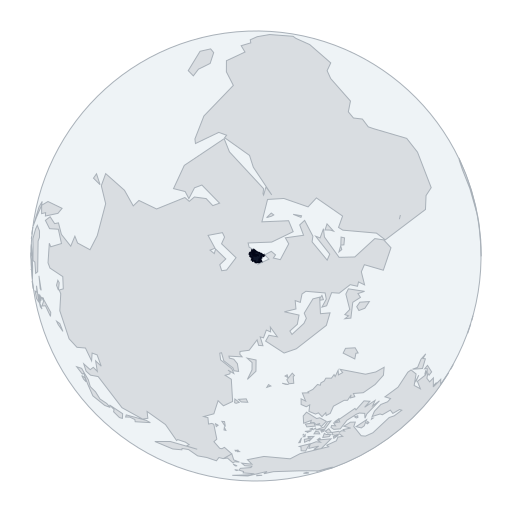 Krasnodar highlighted on a globe, orthographic projection, rotated 172°
{"feature_id": "RUS-2371", "entity_name": "Krasnodar", "entity_type": "Territory", "adm_level": 1, "iso_a3": "RUS", "parent_name": "Russia", "parent_adm1": "", "projection": "orthographic", "projection_center": [39.522, 45.126], "detail": "fine", "context": "on_globe", "style": "filled", "palette": "ink", "viewbox_px": 512, "rotation_deg": 172, "n_neighbors": 0, "source": "natural_earth", "source_scale": "10m", "svg_char_len": 14800}
<svg xmlns="http://www.w3.org/2000/svg" viewBox="0 0 512 512"><g transform="rotate(172 256 256)"><circle cx="256" cy="256" r="225" fill="#eef3f6" stroke="#a8b0b8"/><path d="M211.2,35.2L215.1,35.1L208.9,36.1L211.2,36.2L219.2,35.2L223.9,34.5L242.7,37.2L268.7,40.0L278.5,39.3L275.1,41.1L294.8,39.3L310.0,42.1L291.8,40.1L289.2,40.9L298.9,43.0L298.3,44.3L302.6,46.3L301.0,47.9L290.5,47.2L289.3,48.4L296.3,49.9L299.0,52.9L289.0,50.4L292.8,55.5L276.0,56.4L250.4,50.4L239.9,54.1L210.6,57.0L212.2,58.8L202.1,61.8L200.1,65.3L195.2,65.3L197.9,68.1L202.7,67.4L205.5,68.6L204.8,70.7L198.4,70.9L197.9,69.9L195.6,71.1L192.7,70.4L193.8,72.0L186.2,72.4L192.6,75.2L185.6,78.3L180.8,77.7L182.9,73.5L176.9,63.4L172.7,62.4L164.8,64.7L146.6,77.5L141.3,78.5L133.1,83.0L135.2,84.0L142.4,81.1L144.4,84.7L153.0,81.2L155.1,82.3L163.3,80.9L160.3,85.8L153.0,91.6L146.0,93.3L142.6,96.1L147.9,98.6L133.6,106.3L121.8,119.8L118.3,121.6L113.9,116.9L117.4,105.8L111.7,101.6L113.6,109.4L104.8,114.5L102.6,117.7L102.1,120.6L104.7,120.8L101.4,123.8L98.2,116.8L101.2,113.9L102.2,116.0L103.8,111.1L101.6,107.2L97.3,110.6L98.5,102.7L95.5,105.2L94.0,105.2L98.8,101.6L90.2,108.2L91.0,103.2L81.6,113.4L85.4,108.9L92.7,100.9L98.6,94.8L99.0,94.5L110.9,83.7L123.6,73.8L136.9,64.8L150.8,56.8L165.3,49.8L180.3,43.8L195.6,39.0L211.2,35.2ZM33.0,224.3L31.4,242.0L30.8,252.6L30.7,254.8L30.8,261.8L30.9,264.7L34.8,293.0L39.6,312.9L41.4,322.6L41.1,323.5L36.7,307.4L33.5,291.0L31.5,274.4L30.7,257.7L31.2,240.9L33.0,224.3ZM77.0,119.3L79.3,116.4L77.5,118.7L77.0,119.3ZM226.1,34.2L219.4,35.1L212.4,35.8L218.1,34.8L226.1,34.2ZM239.3,34.2L236.0,34.7L233.7,33.8L236.3,33.8L239.3,34.2ZM285.7,38.8L280.4,38.0L285.8,38.3L285.7,38.8ZM303.5,46.4L305.2,46.2L306.8,47.4L303.5,46.4ZM164.4,78.3L163.8,79.5L162.5,79.2L164.4,78.3ZM168.4,76.6L167.4,75.3L169.1,74.3L169.8,75.1L168.4,76.6ZM305.7,51.0L307.6,53.1L303.9,50.8L305.7,51.0ZM169.3,78.5L172.4,72.8L175.6,71.1L180.6,73.1L169.3,78.5ZM307.6,54.3L312.4,59.9L316.6,59.9L307.5,63.4L306.4,57.2L301.1,54.2L305.7,55.2L307.6,54.3ZM204.5,66.4L199.4,67.1L204.3,64.6L204.5,66.4ZM207.1,64.5L218.4,56.1L225.7,56.4L220.4,59.0L230.4,58.1L228.4,62.3L222.4,63.7L218.1,62.6L220.6,65.2L207.1,64.5ZM301.6,64.8L301.2,66.2L299.6,64.6L301.6,64.8ZM207.0,68.8L208.6,67.0L215.1,67.0L213.0,70.8L211.5,69.5L207.0,68.8ZM234.0,56.0L238.4,56.9L238.0,60.5L239.6,61.4L229.0,62.5L234.0,56.0ZM209.7,70.6L211.7,72.8L208.0,74.8L205.8,70.7L209.7,70.6ZM217.6,65.5L220.6,65.7L218.2,66.8L217.6,65.5ZM196.1,83.6L197.9,81.1L201.4,80.8L196.1,83.6ZM212.7,73.5L214.0,72.8L215.6,72.5L216.1,74.3L212.7,73.5ZM229.4,65.1L228.3,66.5L233.8,64.8L233.7,67.7L226.6,68.0L229.6,69.0L229.6,70.0L223.8,69.3L229.4,65.1ZM221.4,75.4L212.3,77.2L208.2,81.9L204.9,82.2L212.2,74.7L221.4,75.4ZM223.3,71.8L221.4,74.0L218.3,73.1L217.7,71.0L223.3,71.8ZM236.2,69.6L238.2,65.1L239.6,65.2L236.2,69.6ZM220.8,76.9L223.0,76.4L220.9,77.3L220.8,76.9ZM232.1,72.0L232.6,70.3L234.3,70.4L232.1,72.0ZM227.0,77.1L224.1,77.6L223.6,76.1L227.0,77.1ZM229.8,74.9L232.0,75.5L225.2,75.3L229.8,74.1L229.8,74.9ZM233.6,72.4L234.8,72.0L233.2,73.1L233.6,72.4ZM230.5,82.7L222.0,82.7L220.9,79.3L229.4,79.7L230.5,82.7ZM81.6,336.3L73.0,299.3L79.2,292.2L81.7,278.5L125.7,254.0L133.5,261.9L166.4,269.5L170.3,272.8L164.7,283.5L188.1,305.1L197.6,297.4L220.4,309.1L236.7,310.4L245.4,289.0L218.8,286.4L215.8,274.9L238.5,267.6L262.0,270.0L261.6,265.7L248.1,255.4L254.9,247.6L243.6,251.1L247.2,255.9L240.2,258.5L236.5,254.4L239.1,251.6L232.4,249.0L221.9,263.5L224.4,269.9L206.0,269.9L208.4,280.7L202.9,284.5L196.9,267.7L198.5,262.2L186.1,242.0L182.7,247.6L194.2,267.3L190.0,265.0L185.4,273.6L185.6,265.3L173.9,243.1L158.3,241.3L135.9,256.7L127.3,254.2L121.2,245.4L131.9,224.2L149.9,232.3L153.9,225.7L152.5,212.3L158.1,216.1L159.7,211.9L166.7,214.5L178.8,207.6L186.2,209.2L193.0,196.9L197.8,196.2L192.4,203.5L192.7,209.8L211.5,214.1L215.7,212.0L218.6,203.9L223.4,206.4L223.8,198.0L235.7,196.8L221.6,191.5L224.6,182.6L232.9,177.0L231.3,173.3L217.9,182.6L214.8,187.3L216.2,192.7L205.6,205.6L198.7,206.4L200.2,189.9L190.6,189.4L196.0,177.5L229.0,158.5L241.7,156.0L258.3,170.4L254.2,175.7L246.1,173.0L251.7,183.6L252.1,178.8L256.1,181.2L260.0,173.9L263.1,175.3L261.6,166.2L265.8,167.1L266.6,172.8L275.9,163.6L285.1,163.7L285.7,161.0L283.8,158.1L296.7,160.6L296.6,158.6L292.4,156.9L289.4,151.9L289.3,144.1L293.7,145.4L294.4,148.4L302.5,156.8L303.6,165.0L305.4,164.8L305.5,158.1L295.6,147.6L294.3,142.7L299.6,146.9L297.6,144.9L298.3,142.9L303.2,142.2L297.6,137.4L299.4,115.2L309.1,112.2L313.7,118.0L319.7,105.6L330.1,104.3L326.1,102.6L326.4,96.2L323.1,96.4L321.2,95.2L320.3,80.1L323.5,78.0L318.7,70.6L316.6,69.9L313.9,70.9L307.5,63.4L316.6,59.9L320.8,61.6L323.7,58.7L332.7,63.3L341.6,66.2L349.7,73.7L356.0,75.7L356.4,74.4L365.3,76.5L382.0,86.4L366.6,84.2L341.1,72.8L351.4,77.6L348.5,78.5L351.8,81.5L359.1,85.1L360.3,84.3L369.1,101.7L385.5,117.2L385.7,110.3L391.0,110.3L409.8,124.4L429.1,158.6L436.4,161.0L440.3,165.6L441.6,173.2L436.0,166.5L432.6,168.4L429.2,163.8L429.4,174.5L424.6,168.4L427.1,180.2L431.8,182.7L433.4,175.1L437.7,188.6L446.0,190.5L452.6,200.0L457.9,229.1L454.6,245.8L455.6,249.7L451.4,250.3L450.2,262.5L461.7,272.7L462.9,278.2L458.9,297.4L458.0,293.7L446.9,295.4L448.0,310.0L456.6,311.8L459.6,320.6L454.4,323.5L450.9,316.1L447.0,316.3L445.7,304.5L438.1,291.5L432.6,300.8L430.9,293.7L419.5,285.3L410.4,298.2L397.6,328.7L399.4,347.1L393.4,358.5L377.1,339.4L370.6,322.7L364.2,327.3L347.9,316.4L318.3,323.8L314.5,319.4L308.8,323.0L297.4,319.8L291.8,311.9L284.7,313.4L299.7,333.8L307.4,332.1L314.5,322.2L317.2,329.7L328.3,334.2L314.4,355.7L271.2,376.6L267.8,362.8L239.1,321.6L240.4,316.8L240.3,316.2L240.0,315.2L236.5,323.0L231.9,314.3L246.3,344.3L248.4,356.5L270.6,377.5L268.3,379.7L275.7,383.6L300.3,375.8L300.2,380.4L288.1,401.9L254.7,428.1L259.7,442.5L258.1,453.5L238.5,459.5L241.4,466.3L231.5,467.8L231.6,470.9L224.3,473.0L211.6,473.4L188.7,468.4L186.3,466.0L173.4,457.9L155.1,436.8L159.8,429.6L157.3,421.2L140.9,396.3L144.5,385.9L140.3,379.1L131.6,376.8L126.9,368.3L121.8,365.7L90.4,351.5L81.6,336.3ZM108.9,272.5L107.3,276.5L108.9,272.5ZM286.0,283.8L300.6,283.1L295.5,269.4L300.7,268.2L297.0,264.2L295.0,268.5L286.3,257.3L293.1,252.4L292.0,246.2L287.0,246.2L276.0,257.1L288.4,272.9L284.5,279.1L286.0,283.8ZM51.3,162.2L49.4,166.7L50.7,163.4L51.3,162.2ZM57.2,149.9L52.8,158.9L53.9,156.5L57.2,149.9ZM75.7,121.1L76.2,120.5L77.7,118.5L75.7,121.1ZM105.0,114.9L105.2,115.6L103.9,118.8L103.1,117.9L105.0,114.9ZM107.0,130.8L101.5,135.5L104.9,131.3L102.6,130.6L106.8,121.4L116.8,122.1L111.5,123.2L107.0,130.8ZM115.2,110.0L111.4,115.3L115.1,109.5L115.2,110.0ZM161.7,187.7L163.3,191.8L159.6,195.8L150.1,195.1L155.5,189.1L161.7,187.7ZM166.6,196.7L170.7,181.3L176.7,181.5L172.7,183.9L176.2,185.6L170.6,190.0L172.3,205.8L169.1,210.6L153.4,205.9L160.3,204.6L158.3,200.5L166.6,196.7ZM170.6,145.8L172.5,140.3L183.2,147.7L180.2,152.1L170.6,151.3L168.4,145.8L170.6,145.8ZM177.5,83.6L177.6,81.9L179.3,81.7L180.7,83.0L177.5,83.6ZM196.7,82.5L179.2,91.3L178.4,89.7L169.2,97.5L163.4,96.3L169.5,91.1L158.2,96.4L161.4,91.3L153.9,95.4L168.2,84.2L170.7,80.2L170.2,85.0L175.4,86.1L178.5,85.4L188.8,80.7L196.6,73.1L203.1,73.5L205.6,75.8L204.7,77.6L200.8,76.7L202.4,79.8L196.1,80.0L196.7,82.5ZM231.2,108.3L227.0,105.4L229.2,113.9L222.9,113.2L223.5,114.2L218.2,116.0L213.0,120.2L210.3,119.1L209.4,121.3L205.9,122.7L203.8,125.3L198.3,124.5L195.2,127.7L194.4,125.6L190.6,131.4L190.9,126.8L186.4,128.5L188.5,132.1L164.0,123.7L153.5,124.5L144.6,128.0L146.4,120.2L155.9,112.2L168.8,105.7L178.7,106.3L177.7,102.9L182.2,102.3L181.1,105.3L185.4,100.4L188.8,100.8L200.2,96.5L204.4,89.8L208.7,88.3L208.7,91.1L213.0,87.7L216.0,92.0L219.1,91.2L225.2,94.8L223.5,101.1L227.2,99.7L232.0,102.7L231.2,108.3ZM232.1,83.8L231.5,91.0L227.7,94.3L218.6,86.6L215.4,86.9L209.4,82.5L215.1,78.0L216.2,79.6L218.7,80.1L215.9,81.3L220.0,80.7L221.7,83.0L225.3,83.3L224.1,85.5L232.1,83.8ZM175.7,269.8L178.8,271.3L184.0,272.2L181.2,277.9L175.7,269.8ZM167.4,254.8L170.5,255.0L169.1,262.9L165.8,261.6L167.4,254.8ZM173.3,248.5L170.7,254.4L170.2,250.4L173.3,248.5ZM195.3,203.4L198.7,203.3L198.6,205.3L196.2,207.8L195.3,203.4ZM236.4,134.9L234.6,132.3L235.9,131.5L236.3,124.7L241.1,124.9L242.7,129.1L236.4,134.9ZM240.2,292.5L234.9,296.4L232.7,294.2L235.0,293.3L240.2,292.5ZM206.1,288.0L213.4,292.1L205.3,289.5L206.1,288.0ZM241.7,134.0L241.3,131.2L243.9,133.1L241.7,134.0ZM244.6,124.8L247.8,126.4L241.7,124.2L244.6,124.8ZM297.3,449.0L282.9,466.5L272.1,467.4L269.6,463.3L274.6,453.1L287.0,449.0L293.0,443.1L297.3,449.0ZM474.6,310.3L474.4,311.2L474.7,309.8L474.6,310.3ZM473.6,313.4L475.0,308.5L473.0,315.8L473.6,313.4ZM476.0,304.7L475.5,306.6L476.1,304.2L476.0,304.7ZM472.4,316.9L464.0,334.8L460.1,339.8L461.5,335.6L468.0,324.9L472.4,316.9ZM461.2,336.1L454.4,338.9L441.4,330.2L446.2,325.8L459.0,324.9L458.3,328.2L462.4,327.8L461.2,336.1ZM475.5,295.9L474.6,304.0L470.5,313.4L468.3,316.8L466.9,310.9L467.8,304.6L469.7,301.1L474.4,270.8L476.6,269.5L475.8,280.7L477.5,282.7L475.5,295.9ZM400.5,348.3L406.1,355.7L402.5,359.6L400.5,348.3ZM474.2,253.7L473.7,266.6L473.5,251.9L474.2,253.7ZM472.8,241.6L473.9,244.8L472.3,243.8L472.8,241.6ZM457.6,254.8L455.6,259.5L454.6,257.0L456.4,249.6L457.6,254.8ZM457.7,208.2L461.5,215.8L462.5,219.1L459.7,216.4L457.7,208.2ZM281.7,135.0L275.8,143.8L274.7,151.0L279.0,156.1L270.4,153.0L272.1,141.9L281.7,135.0ZM296.8,117.3L293.0,113.4L296.2,112.9L297.6,113.7L296.8,117.3ZM293.3,116.5L285.6,115.9L284.5,112.3L290.8,113.5L293.3,116.5ZM263.6,124.4L261.5,126.9L259.4,125.2L263.6,124.4ZM480.5,274.5L480.6,273.6L480.5,274.5ZM478.3,281.2L478.7,283.7L480.0,274.9L479.0,283.5L479.1,286.6L478.6,290.7L478.5,287.0L477.4,296.4L476.8,298.9L477.1,293.5L478.1,282.5L478.7,276.3L480.6,264.0L478.3,281.2ZM481.2,262.5L481.1,259.1L481.0,254.4L481.2,255.2L481.2,262.5ZM479.6,252.0L478.0,250.6L477.5,257.1L477.4,240.3L479.2,244.4L479.6,252.0ZM476.6,242.8L476.3,248.7L476.0,239.9L476.6,242.8ZM475.6,247.7L474.5,244.0L475.3,241.5L475.6,247.7ZM477.0,241.0L475.3,233.2L476.6,235.8L477.0,241.0ZM471.4,236.0L474.9,236.3L472.1,241.9L467.1,228.7L467.9,224.8L471.4,236.0ZM445.2,161.9L442.3,159.1L441.7,155.0L443.9,158.1L445.2,161.9ZM437.0,140.2L440.6,153.0L443.0,164.0L444.4,163.3L449.0,171.3L444.3,169.0L439.3,156.8L438.3,149.7L433.8,143.8L430.4,136.1L424.4,130.8L421.4,126.3L426.6,129.1L437.0,140.2ZM421.8,128.9L410.0,118.4L410.9,113.8L413.7,115.0L418.7,121.6L417.9,123.7L421.8,128.9ZM407.5,114.7L406.6,116.7L387.6,108.5L383.8,105.7L398.7,108.7L398.7,110.9L403.3,114.0L407.5,114.7ZM303.7,66.5L301.5,66.2L303.1,65.4L303.7,66.5ZM319.4,95.5L317.1,93.7L319.1,92.6L319.4,95.5ZM311.9,88.2L311.2,90.7L310.1,87.5L311.9,88.2ZM310.2,96.4L310.1,91.4L312.8,97.0L310.2,96.4Z" fill="#d9dde1" stroke="#a8b0b8" stroke-width="1"/><path d="M258.8,262.4L258.0,262.1L257.6,262.1L257.3,262.8L257.1,262.7L257.0,262.4L256.6,262.1L256.5,261.9L256.3,261.8L256.1,261.6L255.8,261.3L255.6,261.0L255.5,260.8L254.9,260.3L254.7,260.1L254.5,259.8L254.1,259.7L253.8,259.3L253.4,259.1L252.6,259.0L252.5,258.9L252.3,258.9L252.2,258.8L252.0,258.4L251.9,258.3L251.9,258.2L251.7,258.2L251.6,257.9L251.4,257.7L251.1,257.5L251.2,257.8L250.7,257.7L250.6,257.8L250.4,257.7L250.2,257.5L250.0,257.4L249.9,257.0L249.8,256.9L249.5,256.4L248.6,255.9L248.4,255.9L248.2,256.0L248.0,255.8L247.9,255.7L248.3,255.6L248.6,255.5L248.9,255.3L248.9,255.2L248.4,255.2L248.4,254.9L248.5,255.1L248.6,254.9L248.4,254.8L248.2,255.1L248.2,254.8L248.6,254.6L248.8,254.7L249.2,255.0L249.4,255.1L249.3,255.3L249.2,255.4L249.2,255.5L249.7,255.4L249.9,255.3L249.5,255.2L250.0,255.1L250.5,255.0L250.4,255.1L250.5,255.1L250.6,255.3L250.8,255.1L251.0,255.3L251.1,255.2L251.1,254.9L251.0,254.6L250.9,254.5L251.0,254.2L250.8,254.1L250.8,254.3L250.8,254.5L250.7,254.8L250.7,254.7L250.7,253.9L250.8,253.8L250.9,254.0L251.0,254.0L250.9,253.8L251.4,253.5L251.4,253.3L251.6,252.7L251.7,252.4L251.8,252.4L252.0,252.3L251.9,252.4L252.0,252.4L252.0,252.7L252.0,252.9L251.9,253.1L252.0,253.2L252.1,252.7L252.2,252.4L252.3,252.3L252.3,252.1L252.5,252.0L253.0,252.4L253.4,252.4L253.4,252.1L252.7,251.7L252.2,251.0L252.1,250.9L251.8,250.9L251.8,251.0L251.6,250.9L251.4,250.6L251.2,250.0L251.2,249.9L251.5,250.1L251.8,250.1L252.0,250.1L252.2,249.8L252.5,249.8L252.6,249.7L252.7,249.9L253.1,250.0L253.5,250.0L253.5,249.9L253.4,249.8L253.2,249.6L252.9,249.7L252.9,249.8L252.9,249.6L253.0,249.5L253.0,249.3L253.2,249.2L253.4,249.2L253.7,249.2L253.8,249.3L254.3,249.3L254.3,249.7L254.2,249.8L254.2,250.2L254.3,250.1L254.8,250.2L255.0,250.1L255.1,249.9L255.2,249.5L255.6,249.5L255.8,249.4L256.1,249.4L256.1,249.5L256.7,249.5L256.9,249.5L257.3,249.6L257.6,249.7L257.6,249.9L257.6,250.0L257.4,250.1L257.4,250.4L257.9,250.5L258.0,250.8L258.1,251.0L257.9,251.2L258.1,251.2L258.2,251.5L259.3,251.4L259.4,251.6L259.8,251.6L259.8,251.4L260.0,251.4L260.0,251.6L259.9,251.8L260.0,251.8L260.0,252.0L260.3,252.2L260.4,252.3L260.5,252.5L260.5,252.9L260.6,253.0L260.8,253.0L260.7,253.2L260.8,253.3L260.8,253.5L260.5,253.5L260.4,253.8L260.2,253.8L260.1,253.7L259.7,253.8L259.6,254.4L259.8,254.5L259.9,254.8L260.0,254.8L260.1,255.2L260.2,255.3L260.2,255.6L260.8,255.5L261.1,255.6L261.1,256.0L261.3,256.2L261.4,256.5L261.9,256.5L262.0,256.6L261.9,256.8L261.8,257.3L261.6,257.5L261.3,257.6L261.3,257.8L261.5,257.9L261.5,258.0L261.9,258.3L262.1,258.4L262.2,258.5L261.9,258.7L261.9,258.9L262.1,259.0L262.2,259.3L262.1,259.5L261.9,259.9L261.7,260.0L261.5,260.3L261.2,260.3L261.0,260.2L260.9,260.1L260.6,260.1L260.4,260.0L259.9,259.8L259.7,260.0L259.9,260.2L260.0,260.5L259.9,260.5L259.7,260.7L259.6,260.9L259.4,261.2L259.4,261.4L259.4,261.5L259.3,261.8L259.4,262.0L259.3,262.3L259.2,262.2L258.8,262.4ZM256.6,256.0L256.5,255.9L256.3,255.7L256.2,255.7L256.1,255.8L255.8,256.1L255.6,256.3L255.4,256.5L255.2,256.5L254.9,256.6L254.7,256.6L254.3,256.4L254.1,256.3L254.0,256.5L253.8,256.4L253.7,256.3L253.6,256.6L253.9,256.7L254.2,257.0L254.7,257.2L255.5,257.2L255.9,257.3L256.1,257.2L256.3,257.0L256.2,256.9L256.1,256.7L255.9,256.7L255.9,256.3L256.1,256.3L256.3,256.4L256.4,256.5L256.2,256.6L256.3,256.7L256.6,256.8L256.8,256.6L257.0,256.5L257.1,256.8L257.2,257.0L257.3,257.2L257.3,257.3L257.4,257.5L257.2,257.7L257.1,257.8L257.1,258.0L257.0,258.6L256.8,258.8L256.8,259.0L257.0,259.1L257.2,259.4L257.5,259.4L257.6,259.5L257.5,259.8L257.4,259.9L257.3,260.1L257.2,260.2L256.9,259.9L256.8,259.7L256.7,259.7L256.5,259.9L256.6,260.0L256.6,260.4L256.7,260.5L256.9,260.9L257.1,260.8L257.4,261.0L257.7,261.1L258.1,261.4L258.3,261.4L258.4,261.1L258.5,260.8L258.6,260.7L258.6,260.4L258.4,260.3L258.4,259.6L258.5,259.4L258.5,259.1L258.5,258.5L258.4,258.3L258.3,258.2L258.2,258.0L258.4,257.8L258.4,257.6L258.5,257.5L258.8,257.5L258.9,257.8L259.1,258.0L259.2,258.3L259.2,258.5L259.4,258.6L259.5,258.5L259.4,258.2L259.2,257.9L259.1,257.6L259.1,257.3L258.8,256.8L258.5,256.5L258.3,256.4L258.0,256.1L257.8,256.1L257.3,256.2L257.1,256.2L256.7,256.0L256.6,256.0Z" fill="#0f172a" stroke="#020617" stroke-width="1.5"/></g></svg>